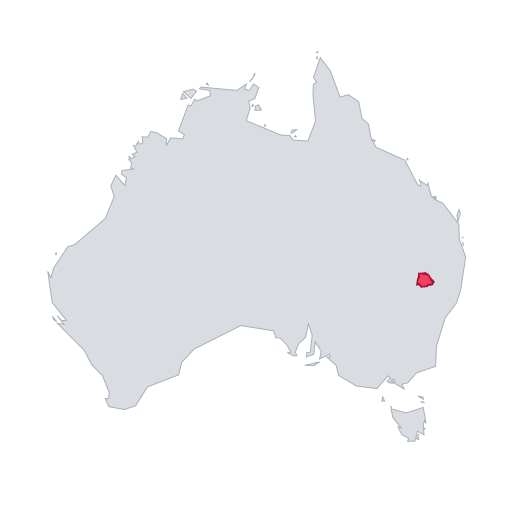 Narrabri, New South Wales, Australia (highlighted), rotated 355°
{"feature_id": "25037944B38691483406712", "entity_name": "Narrabri", "entity_type": "district", "adm_level": 2, "iso_a3": "AUS", "parent_name": "Australia", "parent_adm1": "New South Wales", "projection": "orthographic", "projection_center": [149.591, -30.328], "detail": "fine", "context": "in_parent", "style": "filled", "palette": "rose", "viewbox_px": 512, "rotation_deg": 355, "n_neighbors": 0, "source": "geoboundaries", "source_scale": "gbopen_adm2", "svg_char_len": 6203}
<svg xmlns="http://www.w3.org/2000/svg" viewBox="0 0 512 512"><g transform="rotate(355 256 256)"><path d="M346.1,77.8L353.6,105.1L362.0,103.3L371.7,111.2L373.6,128.3L379.4,134.1L381.1,150.1L385.3,158.3L412.6,173.5L423.3,199.2L426.3,200.5L426.8,195.9L432.7,200.7L433.6,198.4L435.9,211.5L439.3,215.5L446.8,219.7L460.9,242.3L460.0,257.1L464.8,275.2L456.7,308.4L451.5,320.4L439.2,334.0L428.0,361.1L425.3,381.5L405.6,386.5L396.2,395.5L390.1,396.4L392.0,401.4L382.3,394.4L383.6,392.6L382.9,390.8L381.1,390.8L378.1,394.1L375.7,392.3L379.4,389.1L377.1,386.9L365.0,398.6L344.7,394.3L327.9,382.2L326.3,371.8L317.9,363.0L321.1,363.0L320.7,360.2L310.4,364.1L312.7,356.7L307.5,346.8L304.9,358.9L297.3,361.0L298.0,356.9L301.7,356.5L305.1,339.9L302.3,328.0L298.3,341.2L291.0,347.0L286.7,355.2L288.0,358.9L284.9,358.8L279.2,355.2L282.3,354.7L279.1,347.6L273.0,339.8L268.7,339.3L267.0,332.0L234.7,324.0L186.3,343.3L172.7,355.4L168.6,367.6L136.4,377.0L123.1,394.6L111.6,397.5L96.3,393.3L93.3,384.8L96.8,385.2L97.9,379.1L92.6,361.7L83.2,350.5L76.5,334.7L52.2,305.7L58.9,307.3L52.7,298.1L56.8,303.4L61.6,303.6L48.9,284.7L47.2,253.2L49.9,259.8L53.4,250.3L69.2,230.4L76.1,229.0L109.0,205.6L119.9,184.5L117.4,173.4L123.6,163.4L131.5,174.5L133.8,166.7L129.1,162.7L129.9,159.3L142.4,158.5L138.4,158.2L140.4,152.6L137.6,148.8L144.2,146.6L141.4,143.9L146.8,142.2L144.4,137.9L148.7,131.6L149.4,134.6L153.2,133.4L152.9,127.3L158.7,128.2L161.9,122.7L168.2,124.7L177.1,131.4L176.3,138.4L181.2,130.9L193.2,132.9L195.3,128.9L189.6,124.8L201.6,99.7L204.4,100.7L208.8,94.3L210.6,96.4L224.9,92.3L224.1,87.0L214.2,84.5L215.7,82.9L251.4,89.4L261.4,83.9L259.1,88.6L263.6,90.5L268.6,84.5L273.5,88.5L268.5,99.2L262.4,100.9L263.1,108.1L258.1,120.3L291.2,137.7L300.0,138.9L303.0,143.7L317.6,146.0L327.1,126.9L326.8,100.3L328.1,90.3L331.7,87.7L328.8,83.4L337.3,64.0L346.1,77.8ZM377.3,420.1L392.2,425.5L409.4,421.4L410.8,437.6L409.6,434.7L408.0,438.2L407.8,448.8L401.6,444.6L398.2,454.3L390.9,453.8L392.2,451.0L385.6,446.6L382.6,438.5L385.6,439.8L378.2,428.7L377.3,420.1ZM197.9,86.0L207.9,84.3L211.1,86.6L204.9,93.3L197.9,86.0ZM295.0,369.1L310.1,367.0L304.0,370.4L295.0,369.1ZM271.7,105.6L274.1,111.0L267.7,110.8L268.5,106.7L271.7,105.6ZM460.0,239.7L459.8,232.9L462.3,227.4L463.3,231.5L460.0,239.7ZM405.1,409.7L410.0,411.1L410.2,413.3L405.1,409.7ZM197.0,87.8L200.9,92.7L194.6,93.5L197.0,87.8ZM371.5,411.8L368.6,411.4L369.9,407.4L371.5,411.8ZM307.6,133.7L304.7,135.7L301.6,136.9L303.0,133.6L307.6,133.7ZM51.8,304.2L49.0,301.8L48.1,299.0L48.3,298.7L51.8,304.2ZM409.2,415.5L411.1,417.0L407.4,415.8L409.2,415.5ZM438.0,212.4L440.3,212.4L440.3,215.4L438.0,212.4ZM381.8,149.8L384.7,151.5L384.2,152.5L381.8,149.8ZM401.7,450.3L402.0,452.9L400.1,452.2L401.7,450.3ZM463.3,259.8L463.4,263.5L463.1,263.4L463.3,259.8ZM223.3,81.6L221.5,80.3L222.6,79.4L223.3,81.6ZM270.5,75.5L268.2,78.6L270.9,73.4L270.5,75.5ZM463.8,255.4L462.7,256.5L463.5,255.2L463.8,255.4ZM277.0,126.7L275.7,127.5L276.3,126.0L277.0,126.7ZM266.7,106.0L265.0,106.5L265.9,104.6L266.7,106.0ZM57.2,234.6L57.3,237.0L56.6,237.1L57.2,234.6ZM334.2,62.9L334.2,64.8L333.4,63.5L334.2,62.9ZM381.2,391.8L381.6,393.0L381.1,392.7L381.2,391.8ZM267.6,79.5L264.3,81.8L267.6,79.0L267.6,79.5ZM144.3,135.1L143.4,136.7L143.9,135.0L144.3,135.1ZM402.6,448.4L401.7,448.9L402.2,448.0L402.6,448.4ZM306.5,140.6L304.7,140.8L305.6,139.5L306.5,140.6ZM139.2,146.8L138.4,147.7L138.2,145.9L139.2,146.8ZM409.3,442.8L408.1,443.5L408.5,442.1L409.3,442.8ZM335.3,57.7L335.1,59.0L334.0,58.4L335.3,57.7ZM380.6,393.5L381.9,394.6L379.7,394.4L380.6,393.5ZM415.8,173.3L414.6,173.4L415.1,171.9L415.8,173.3ZM425.8,195.7L425.1,195.7L425.6,194.5L425.8,195.7ZM377.8,418.1L377.5,419.1L377.1,417.9L377.8,418.1Z" fill="#d9dde1" stroke="#a8b0b8" stroke-width="1"/><path d="M413.9,298.7L415.0,298.1L415.3,298.5L415.6,298.2L415.8,298.1L416.1,297.9L416.4,298.3L416.2,298.5L416.4,299.2L417.1,299.2L417.1,299.3L417.1,299.5L417.2,299.9L417.2,300.0L417.5,300.0L418.0,301.5L419.1,301.0L420.1,301.1L421.0,301.3L421.3,301.0L422.7,301.2L422.8,301.1L423.0,301.0L423.8,301.1L423.8,300.9L424.1,300.9L424.1,300.6L424.3,300.6L424.4,300.4L424.2,300.3L424.3,300.0L424.5,299.8L424.4,299.8L424.5,299.7L424.8,299.8L424.9,299.6L425.1,299.7L425.1,299.8L425.4,299.8L426.0,299.9L426.2,299.7L426.3,299.6L426.5,299.5L426.7,299.8L426.8,300.2L427.1,300.3L427.3,300.3L427.4,299.6L427.6,299.6L427.8,299.6L428.0,299.6L429.0,299.8L429.1,299.5L429.2,299.4L429.4,299.4L429.4,299.0L429.3,298.9L429.4,298.7L429.5,298.7L429.8,298.7L430.0,298.6L430.0,298.4L429.9,298.3L429.9,298.2L430.0,298.2L430.3,298.0L430.4,297.9L430.2,297.9L430.2,297.7L430.0,297.4L430.4,297.4L430.3,297.2L430.1,297.1L430.0,296.9L430.1,296.6L429.9,296.6L430.0,296.5L430.1,296.2L430.0,296.3L429.9,296.3L429.9,296.2L430.0,296.2L429.9,296.1L430.0,296.1L430.1,295.9L430.0,295.7L429.9,295.6L429.7,295.4L429.6,295.5L429.5,295.8L429.4,295.8L429.3,295.7L429.2,295.8L429.2,295.7L428.9,295.6L428.8,295.4L428.7,295.4L428.8,295.2L428.7,295.1L428.4,295.1L428.3,294.9L428.3,294.7L428.3,294.4L428.2,294.2L428.3,294.1L428.2,294.0L428.2,293.9L428.1,293.7L428.1,293.4L428.0,293.2L427.9,293.2L427.7,293.0L427.6,292.9L427.4,292.9L427.2,292.6L427.2,292.4L427.1,292.2L427.1,291.9L427.0,291.7L427.0,291.4L426.9,291.2L426.9,290.8L426.7,290.5L426.6,290.4L426.4,290.4L426.2,290.3L425.5,290.1L425.5,289.9L425.4,289.9L425.4,289.7L425.3,289.4L425.4,289.1L425.1,289.1L424.4,289.0L424.1,289.0L424.1,288.6L423.8,288.5L423.7,288.4L423.8,287.9L423.4,287.8L423.3,288.3L423.2,288.4L423.1,288.2L422.7,288.2L422.8,287.9L422.6,287.9L422.4,287.9L422.3,288.0L422.3,287.9L422.2,288.0L421.9,288.1L421.7,288.2L421.7,288.3L421.5,288.2L421.5,288.3L421.4,288.2L421.4,288.3L421.2,288.3L421.2,288.2L420.9,288.0L420.7,288.1L420.4,288.0L420.3,287.9L420.2,287.9L420.2,288.0L420.2,287.9L420.0,288.0L419.9,288.0L419.6,287.9L416.9,287.5L416.7,287.5L416.6,287.9L416.5,288.8L416.4,289.0L416.3,290.0L416.8,290.0L416.7,291.0L416.5,290.9L416.5,291.4L416.4,291.4L416.4,291.7L416.1,291.8L416.0,292.1L415.8,292.1L415.8,291.9L415.7,292.0L415.5,292.4L415.6,292.6L415.2,292.8L415.2,293.0L415.1,294.0L415.1,294.3L415.0,294.5L414.9,294.7L414.7,294.6L414.6,294.9L414.6,295.0L414.3,296.8L414.3,297.0L414.1,297.0L413.9,298.7Z" fill="#f43f5e" stroke="#9f1239" stroke-width="1.5"/></g></svg>